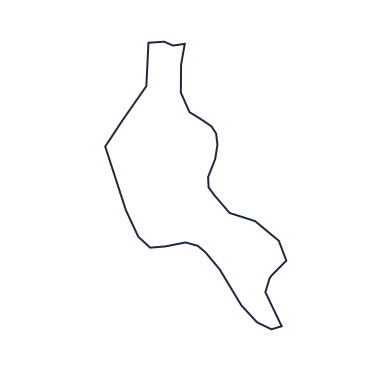 Hauts-Plateaux, Ouest, Cameroon (Robinson projection), rotated 342°
{"feature_id": "32672807B20400591725657", "entity_name": "Hauts-Plateaux", "entity_type": "district", "adm_level": 2, "iso_a3": "CMR", "parent_name": "Cameroon", "parent_adm1": "Ouest", "projection": "robinson", "projection_center": [10.369, 5.306], "detail": "fine", "context": "isolated", "style": "outline", "palette": "slate", "viewbox_px": 384, "rotation_deg": 342, "n_neighbors": 0, "source": "geoboundaries", "source_scale": "gbopen_adm2", "svg_char_len": 651}
<svg xmlns="http://www.w3.org/2000/svg" viewBox="0 0 384 384"><g transform="rotate(342 192 192)"><path d="M235.8,347.4L234.1,334.7L230.8,310.0L239.0,298.2L241.7,296.1L260.5,286.4L259.5,265.3L243.0,239.2L221.3,223.6L212.8,203.3L209.2,192.9L211.9,182.8L224.2,167.9L230.8,154.9L233.0,143.9L230.8,135.6L223.3,125.9L214.3,115.3L212.1,94.0L220.9,67.7L230.9,48.9L219.0,46.8L212.1,40.5L196.7,36.6L181.3,77.2L148.5,102.0L137.9,110.5L123.5,121.9L123.5,188.9L127.1,218.0L135.0,232.0L149.7,235.5L170.3,238.0L180.9,245.0L186.2,253.6L188.6,259.7L194.4,274.1L203.9,315.1L213.6,336.1L225.1,347.1L235.8,347.4Z" fill="none" stroke="#1e293b" stroke-width="2"/></g></svg>